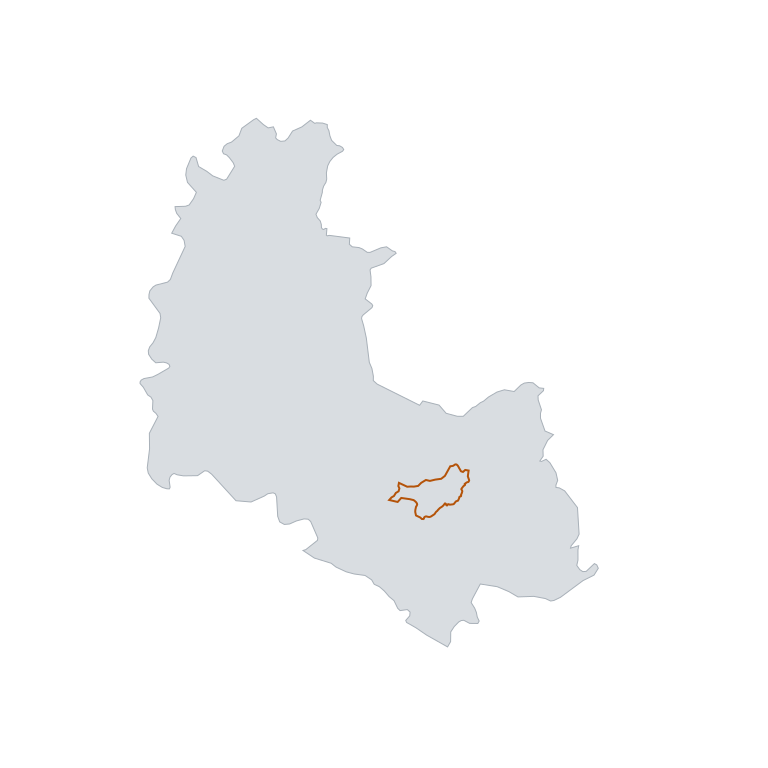 Pita highlighted on a map of Guinea, rotated 207°
{"feature_id": "GIN-5656", "entity_name": "Pita", "entity_type": "Prefecture", "adm_level": 1, "iso_a3": "GIN", "parent_name": "Guinea", "parent_adm1": "", "projection": "orthographic", "projection_center": [-12.737, 10.896], "detail": "fine", "context": "in_parent", "style": "outline", "palette": "amber", "viewbox_px": 768, "rotation_deg": 207, "n_neighbors": 0, "source": "natural_earth", "source_scale": "10m", "svg_char_len": 5736}
<svg xmlns="http://www.w3.org/2000/svg" viewBox="0 0 768 768"><g transform="rotate(207 384 384)"><path d="M464.5,494.5L458.7,493.7L456.2,494.9L448.6,503.9L444.0,507.4L436.9,506.4L434.4,507.0L432.5,506.0L435.1,501.1L438.7,491.3L448.0,481.4L448.2,479.3L444.3,473.6L440.2,465.8L440.2,457.4L439.4,451.3L431.1,449.7L429.6,448.7L429.4,446.6L433.9,436.1L434.3,434.0L433.7,432.1L428.6,426.7L420.6,416.9L406.9,396.6L401.8,392.3L397.0,386.1L395.1,382.2L390.0,380.8L342.6,381.2L341.7,386.5L325.4,390.2L315.3,386.1L304.1,388.5L298.7,391.2L294.5,403.1L292.1,405.6L289.7,411.0L287.5,413.9L285.0,419.8L279.7,428.1L274.1,433.5L264.6,436.4L261.6,445.2L259.4,448.5L255.7,451.1L251.8,452.7L244.0,451.0L239.7,452.6L238.9,450.4L241.4,443.4L239.4,439.8L232.0,432.5L231.3,429.0L229.0,424.5L219.2,415.2L210.0,415.8L212.6,408.0L212.5,397.6L209.4,391.9L210.2,386.1L208.5,386.5L205.4,390.5L200.5,389.2L190.5,383.0L185.5,377.0L184.9,371.9L183.8,369.9L180.7,371.0L174.5,370.8L155.5,361.7L142.0,338.8L141.8,333.7L143.8,324.8L143.3,322.4L137.1,328.3L135.9,324.3L131.2,315.1L129.9,309.9L125.3,307.5L121.7,307.1L118.8,308.8L115.0,319.5L112.3,319.4L109.4,317.1L110.1,309.1L117.4,299.2L129.9,274.1L134.3,268.3L137.0,266.3L142.8,266.1L154.1,262.8L168.0,255.1L178.6,255.7L191.1,254.8L207.4,249.5L207.7,232.6L207.1,228.8L201.4,225.4L198.0,222.4L195.1,218.7L191.6,216.0L191.7,213.2L199.0,209.6L205.6,209.7L207.8,208.3L209.4,205.9L211.3,199.8L212.0,193.4L207.7,184.7L208.0,178.6L231.8,179.6L244.9,181.3L255.6,181.8L257.3,183.2L255.8,189.1L257.2,192.6L260.8,193.6L266.8,189.4L270.0,190.4L276.7,195.5L282.9,196.9L289.7,199.7L296.1,201.3L301.8,201.1L306.1,203.9L314.0,204.8L324.3,201.2L332.4,199.5L343.7,199.1L349.7,200.3L367.0,197.3L380.6,198.9L378.5,200.9L372.3,214.5L373.1,216.8L386.9,228.2L390.2,229.1L394.0,227.5L399.9,222.2L404.6,216.4L409.1,213.6L414.3,213.8L418.6,217.8L428.5,234.7L431.0,236.8L433.4,236.7L437.7,233.5L439.8,229.8L448.9,218.5L462.9,212.8L496.6,225.4L501.5,226.3L504.4,225.3L508.5,217.7L521.0,211.1L527.1,209.2L530.5,209.0L531.8,206.9L532.4,203.8L531.7,200.6L527.7,194.9L527.6,193.2L529.8,192.1L534.6,191.2L540.8,191.7L547.8,194.1L553.6,197.6L556.9,201.8L563.4,219.7L570.7,233.6L570.6,252.5L573.8,254.3L577.2,255.1L578.9,256.6L582.4,264.3L585.7,266.5L589.6,267.0L596.9,271.8L601.6,273.7L602.3,275.2L602.1,277.3L600.3,279.9L593.4,285.2L590.0,289.7L583.0,300.5L582.8,302.5L584.4,303.9L587.3,304.1L590.5,303.3L597.0,299.3L602.2,300.7L607.2,303.6L609.1,306.6L609.6,310.7L608.5,315.9L608.4,321.8L610.3,331.7L613.0,341.6L615.6,345.2L632.4,353.7L634.0,357.0L634.9,360.7L633.8,365.7L632.1,368.6L623.1,376.5L621.8,380.2L622.6,387.1L623.6,416.3L627.3,421.2L631.6,423.6L641.6,422.0L641.4,430.1L640.2,439.2L646.1,441.9L649.1,444.7L650.7,447.2L641.6,452.2L638.9,455.0L637.8,462.6L638.2,469.6L650.6,474.4L655.5,480.2L657.7,486.2L658.6,497.7L657.5,500.4L654.3,500.4L647.9,493.6L638.3,493.0L631.1,491.7L619.2,492.8L617.2,495.0L615.9,510.2L618.8,512.7L624.6,515.5L628.3,516.7L631.5,516.3L633.9,518.2L634.4,523.2L632.8,526.9L629.7,530.3L625.9,539.2L626.8,547.3L620.2,560.2L618.3,562.8L609.3,560.4L603.5,559.6L599.3,562.9L593.4,558.0L592.3,554.1L590.1,553.3L586.2,553.3L582.6,555.6L581.1,559.6L580.3,567.9L573.9,575.8L569.3,585.6L564.0,584.8L562.8,586.0L557.2,588.6L552.3,589.4L551.0,586.8L548.1,584.7L544.9,580.6L541.3,577.3L534.4,575.1L531.7,576.1L528.4,575.9L526.3,574.6L526.6,572.6L530.1,567.5L532.2,562.8L533.3,557.6L533.2,552.8L531.2,546.0L528.1,540.6L527.3,537.4L527.6,532.9L526.9,528.8L525.9,526.6L524.3,518.7L522.5,517.3L521.4,510.9L521.7,504.4L519.0,502.0L514.8,500.3L512.3,497.7L510.7,494.9L509.2,494.1L507.9,494.3L506.8,496.1L505.4,496.5L502.9,490.4L501.9,490.2L500.2,491.6L480.8,498.5L478.3,492.8L474.6,491.8L468.2,494.2L464.5,494.5Z" fill="#d9dde1" stroke="#a8b0b8" stroke-width="1"/><path d="M316.9,290.3L318.3,285.1L326.7,283.0L325.8,286.4L324.3,288.7L324.0,292.3L322.3,295.0L322.9,298.0L324.9,299.6L325.8,302.7L316.7,303.0L314.0,304.6L310.7,306.2L307.3,308.7L306.0,312.8L303.1,317.5L299.1,318.5L294.9,322.1L290.0,325.5L288.0,329.8L287.6,340.8L286.1,341.8L285.1,342.7L284.3,344.3L283.7,344.9L282.8,345.2L281.3,344.8L279.7,343.8L279.2,343.4L278.6,343.0L277.4,342.3L276.2,341.4L275.5,341.2L274.5,341.4L273.7,341.5L272.6,344.3L269.3,345.3L267.4,339.8L265.0,337.5L264.7,337.2L264.5,336.9L264.3,336.6L264.3,336.2L264.3,335.3L264.4,335.0L264.9,334.6L265.3,334.2L265.7,333.7L266.6,331.9L266.7,331.5L266.4,331.3L266.1,331.2L266.0,330.9L266.1,330.5L266.4,329.9L266.7,329.4L266.9,328.8L267.4,326.1L267.4,325.6L267.3,325.3L267.0,325.1L266.6,324.9L266.3,324.7L265.7,324.2L265.4,323.6L265.3,322.7L265.1,321.9L265.1,321.5L265.1,320.6L265.0,320.2L264.9,319.9L264.6,319.6L264.5,319.3L264.5,319.0L264.7,318.6L265.3,318.1L265.5,317.7L265.5,317.2L265.2,316.3L265.1,315.9L265.2,314.8L265.1,314.3L265.1,313.9L265.2,313.5L265.8,313.0L266.7,311.9L267.0,310.1L267.2,309.5L267.2,309.1L267.4,308.7L267.8,308.2L270.5,306.4L270.9,306.3L271.3,306.3L271.7,306.3L272.1,306.1L272.4,305.9L272.5,305.5L272.6,305.3L272.5,305.1L272.5,304.7L272.7,304.4L273.1,304.3L273.5,304.4L273.8,304.6L274.4,305.2L274.5,305.3L275.0,305.4L275.3,305.3L275.5,305.2L276.0,302.6L276.6,301.1L278.0,298.7L278.2,297.9L278.5,297.2L278.5,296.8L278.7,296.4L278.8,296.1L278.9,295.2L279.0,294.9L279.4,294.2L279.6,293.4L279.7,293.0L279.8,291.6L279.9,291.2L280.0,290.8L281.9,287.4L282.6,286.6L283.2,286.1L284.2,285.7L286.3,285.2L286.7,284.9L287.0,284.6L287.4,284.0L287.6,283.5L287.6,283.1L287.4,282.3L287.4,281.9L287.7,281.5L289.0,280.9L291.0,281.5L295.8,281.4L296.8,282.6L298.1,284.2L298.9,286.0L299.5,288.3L299.7,288.9L299.7,289.4L299.6,290.5L299.7,291.3L299.8,291.8L300.1,292.1L300.3,292.4L301.1,292.9L301.6,293.2L303.3,293.7L304.9,294.0L308.7,293.1L316.9,290.3Z" fill="none" stroke="#b45309" stroke-width="2"/></g></svg>